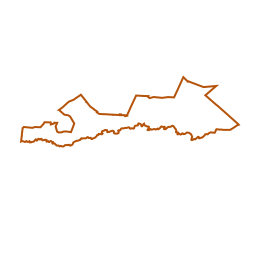 the district of Rožkalnu pag., Varkavas, Latvia, rotated 147°
{"feature_id": "27541924B38458063228845", "entity_name": "Rožkalnu pag.", "entity_type": "district", "adm_level": 2, "iso_a3": "LVA", "parent_name": "Latvia", "parent_adm1": "Varkavas", "projection": "equal_earth", "projection_center": [26.468, 56.209], "detail": "fine", "context": "isolated", "style": "outline", "palette": "amber", "viewbox_px": 256, "rotation_deg": 147, "n_neighbors": 0, "source": "geoboundaries", "source_scale": "gbopen_adm2", "svg_char_len": 5653}
<svg xmlns="http://www.w3.org/2000/svg" viewBox="0 0 256 256"><g transform="rotate(147 128 128)"><path d="M34.7,70.8L33.4,70.4L33.6,71.9L34.1,73.5L36.6,82.7L37.2,85.0L37.2,85.3L37.4,85.6L37.8,87.0L37.9,87.5L40.0,95.0L40.3,96.2L40.8,98.0L41.2,99.0L41.5,100.0L45.3,113.3L31.1,115.2L42.4,121.2L52.0,134.3L52.5,134.2L53.9,140.5L66.1,132.7L72.7,128.6L77.7,132.2L82.8,134.6L89.6,140.0L93.6,141.3L94.2,143.1L93.5,143.6L97.8,146.6L103.5,150.8L113.1,144.8L121.8,139.2L121.9,138.7L123.9,139.4L124.1,139.9L123.5,140.3L126.4,142.4L126.5,142.3L127.5,143.0L126.8,143.5L127.6,144.1L128.3,143.7L131.2,145.8L131.6,146.1L133.3,147.2L133.2,147.3L134.5,148.2L139.9,152.2L141.4,153.2L144.1,155.2L144.2,155.3L144.6,155.7L145.1,157.0L145.6,158.2L144.9,158.5L145.4,159.9L145.6,160.2L146.2,161.4L146.1,161.6L146.9,163.8L147.6,165.5L148.0,166.5L148.5,171.9L148.8,172.3L148.6,172.4L148.5,172.5L149.4,181.6L150.8,181.5L156.9,181.4L157.4,181.2L163.5,182.3L172.1,180.9L176.0,180.7L175.9,180.6L175.8,179.8L174.1,173.8L173.4,173.2L171.2,171.2L170.3,169.1L170.6,161.1L174.7,158.0L178.1,155.6L182.0,159.0L183.1,159.6L184.0,160.1L186.5,160.7L187.6,161.5L188.7,162.1L189.4,163.6L187.9,168.7L184.6,170.9L187.0,172.6L187.9,172.1L190.8,173.0L190.6,173.3L190.3,173.9L190.1,174.1L189.8,174.8L194.9,178.3L195.1,178.3L196.3,177.5L201.0,176.3L205.5,179.5L208.1,180.2L214.8,185.6L216.4,185.3L220.6,180.3L220.9,179.9L221.0,179.6L222.8,177.6L224.9,175.0L224.5,175.0L224.3,174.8L223.6,174.4L222.8,173.6L222.4,172.8L222.2,172.6L221.9,172.4L221.5,172.3L220.7,172.4L220.3,172.3L220.1,171.7L220.1,171.4L220.0,171.2L218.7,170.6L217.8,170.6L217.7,170.1L218.0,169.8L218.2,169.5L217.5,168.9L216.0,168.6L215.2,168.2L214.4,167.9L212.6,168.5L211.6,168.7L211.4,168.5L211.3,168.4L211.6,167.6L211.6,167.4L211.4,167.2L211.2,167.1L210.1,167.3L209.5,167.7L209.0,167.7L208.7,167.5L208.6,167.3L208.4,167.0L208.3,166.5L208.0,166.2L207.6,166.2L207.1,166.3L206.7,166.2L206.4,165.7L206.5,165.0L206.4,164.5L206.4,164.3L206.1,164.1L204.7,163.5L203.9,163.3L203.7,163.1L202.9,162.2L203.7,161.2L203.7,160.9L203.3,160.7L202.4,160.6L202.2,160.5L202.0,160.0L202.0,159.4L201.7,159.1L200.8,159.3L200.4,159.3L200.2,159.3L199.8,159.1L199.3,157.9L199.1,157.6L198.8,157.3L198.6,157.1L198.7,156.9L199.4,156.7L199.6,156.5L199.8,156.3L199.8,156.1L199.7,155.9L198.7,155.6L198.4,155.5L197.8,154.4L197.8,153.7L197.7,153.4L197.5,153.1L197.5,152.5L197.5,152.3L195.8,151.0L195.5,150.6L195.4,149.9L195.2,149.8L194.1,149.6L193.8,149.3L193.5,148.7L193.2,148.4L192.6,147.9L192.2,147.7L191.2,147.7L190.1,147.9L189.8,147.7L189.1,147.3L188.3,147.0L187.7,146.3L186.4,145.9L186.1,145.6L186.1,144.8L185.9,144.6L184.3,144.3L183.6,144.5L182.6,144.9L182.0,145.5L181.6,145.7L178.8,145.4L177.8,145.2L176.9,144.6L174.4,144.1L173.9,144.2L173.7,144.3L173.5,144.7L173.2,144.7L172.7,144.7L172.6,144.4L172.4,144.2L171.7,143.9L171.3,143.8L169.1,142.4L168.8,142.3L167.0,142.4L166.7,142.3L166.6,142.2L166.6,141.7L166.5,141.2L166.4,141.0L164.6,140.1L164.5,139.9L164.7,139.2L164.7,138.9L164.5,138.5L164.4,138.4L164.1,138.3L163.3,138.3L161.1,137.9L159.4,138.1L158.7,138.3L158.2,138.6L157.9,138.8L157.7,138.8L157.6,138.6L157.1,138.4L156.7,138.4L155.8,139.0L155.5,138.8L154.9,138.1L154.0,137.7L153.4,137.0L152.5,137.1L152.3,137.2L152.3,137.3L152.6,137.8L152.6,138.2L152.4,138.6L151.7,139.2L151.4,139.3L151.0,139.3L149.8,138.9L148.7,138.9L148.0,138.6L146.8,137.6L146.8,137.3L147.5,136.2L147.6,135.9L147.4,135.6L146.7,135.3L146.0,135.0L142.7,134.3L142.3,134.0L141.8,133.1L141.7,132.7L142.5,131.6L142.5,131.4L142.2,130.7L141.8,130.2L140.9,129.7L139.9,129.1L139.7,129.0L138.8,129.0L138.4,129.1L137.8,130.5L137.8,131.0L137.4,131.2L137.0,131.2L136.6,130.9L136.4,130.5L136.2,130.4L135.9,130.4L135.5,130.5L134.4,131.1L133.5,131.1L133.3,131.1L132.6,130.5L131.7,130.0L130.5,129.7L129.1,128.8L127.6,128.4L126.9,128.1L126.6,127.5L126.7,126.7L126.6,126.3L126.5,126.2L126.0,126.0L125.2,125.8L124.9,125.7L124.0,124.7L123.7,124.5L123.1,124.5L121.7,125.6L121.0,125.9L120.6,125.9L119.9,125.6L119.3,125.2L118.8,125.0L118.4,124.9L118.0,125.0L117.7,125.3L117.0,126.0L116.8,126.1L116.5,126.0L115.4,124.5L115.3,124.2L115.3,123.3L115.3,123.1L115.7,122.3L115.7,122.1L115.2,121.8L114.6,121.9L113.9,122.2L113.6,122.5L113.1,122.8L112.7,122.9L112.2,122.9L112.3,122.6L112.6,121.9L112.5,121.0L112.1,120.5L111.2,118.9L110.2,118.2L109.8,117.7L110.5,116.7L112.6,115.8L112.7,115.6L112.4,115.3L111.7,114.9L111.4,114.8L110.7,114.8L110.2,115.0L109.9,114.9L109.5,114.5L109.3,113.9L109.2,113.8L106.5,112.8L106.3,112.7L105.5,111.6L105.0,111.5L103.6,111.4L103.4,111.2L103.4,110.6L103.2,110.4L102.6,110.4L101.1,110.6L100.4,110.8L99.7,111.1L99.1,111.0L98.5,110.3L98.0,109.8L96.6,109.0L96.6,108.9L96.7,108.7L98.3,107.7L98.1,107.2L97.4,106.7L96.7,106.6L93.8,107.0L93.4,106.9L92.5,106.2L91.4,105.8L90.0,105.8L89.4,105.6L88.8,104.5L88.9,103.5L88.7,101.8L88.6,101.3L88.8,99.9L89.1,99.1L89.4,98.9L89.9,98.6L90.0,98.3L89.8,98.0L88.6,97.0L88.4,96.7L88.6,96.4L89.5,96.2L89.8,96.0L89.9,95.8L89.8,95.7L89.7,95.5L88.7,95.4L88.2,95.2L87.9,94.8L87.5,93.9L87.3,93.8L86.8,93.8L85.8,93.9L85.3,93.9L85.0,93.6L85.0,93.4L85.0,93.0L85.0,92.9L84.9,92.8L84.3,92.4L83.6,92.1L83.0,92.0L81.5,92.1L81.1,92.1L80.8,91.9L79.4,90.7L78.6,88.8L78.6,88.6L78.8,86.0L79.1,85.6L81.2,83.8L81.3,83.6L81.3,83.4L81.2,83.2L79.9,82.7L78.6,82.8L78.3,82.7L78.1,82.6L78.0,82.3L77.9,82.1L77.7,81.9L74.4,82.4L74.0,82.4L73.7,82.2L73.6,81.9L74.1,81.2L74.1,80.9L74.0,80.7L73.6,80.4L71.5,79.9L70.9,79.6L68.1,80.0L67.5,80.3L67.1,80.4L66.8,80.6L65.7,80.3L65.3,79.9L65.0,79.5L64.3,79.3L63.8,79.4L63.4,79.6L61.2,79.4L59.9,78.4L58.8,77.5L57.8,76.8L54.5,78.8L51.5,76.4L50.0,75.4L49.2,74.6L43.4,70.8L39.7,70.7L34.7,70.8Z" fill="none" stroke="#b45309" stroke-width="2"/></g></svg>